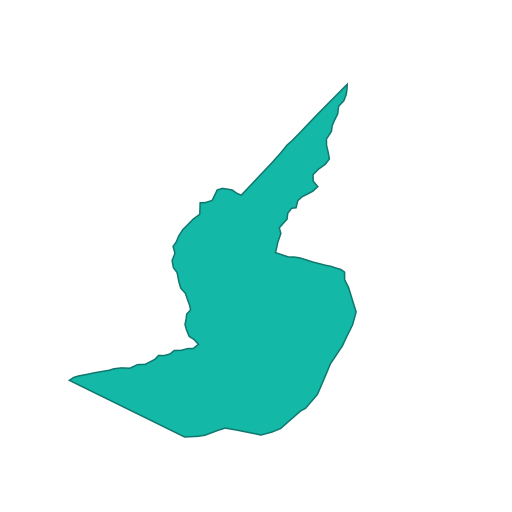 Volta Redonda, Rio de Janeiro, Brazil, rotated 205°
{"feature_id": "56859067B42382109860230", "entity_name": "Volta Redonda", "entity_type": "district", "adm_level": 2, "iso_a3": "BRA", "parent_name": "Brazil", "parent_adm1": "Rio de Janeiro", "projection": "orthographic", "projection_center": [-44.078, -22.523], "detail": "fine", "context": "isolated", "style": "filled", "palette": "teal", "viewbox_px": 512, "rotation_deg": 205, "n_neighbors": 0, "source": "geoboundaries", "source_scale": "gbopen_adm2", "svg_char_len": 1701}
<svg xmlns="http://www.w3.org/2000/svg" viewBox="0 0 512 512"><g transform="rotate(205 256 256)"><path d="M372.6,64.4L358.6,64.1L244.2,61.8L232.8,67.8L226.6,71.9L217.0,81.7L211.2,87.0L200.6,89.9L180.8,94.7L175.9,95.8L167.0,103.3L160.8,110.1L150.0,134.6L146.8,138.8L141.8,156.6L142.5,178.5L143.0,190.0L141.8,197.3L140.8,204.3L139.7,210.5L139.7,219.9L139.4,234.5L141.6,247.6L149.7,256.5L158.9,266.7L165.6,271.9L168.9,278.8L173.6,279.7L178.9,278.8L183.8,278.3L189.0,277.0L194.4,276.0L201.7,274.6L215.6,272.8L220.7,271.3L226.2,268.8L239.8,267.3L240.8,272.4L242.0,277.3L243.0,286.9L246.8,291.4L244.9,297.8L243.4,302.5L245.3,308.2L243.9,314.3L240.1,316.6L241.5,323.8L239.4,329.0L235.9,333.4L231.9,338.7L229.3,345.0L235.8,348.0L238.7,353.8L236.2,360.8L231.9,368.6L230.5,375.0L234.8,381.0L238.9,386.2L241.6,391.8L240.3,400.8L242.0,406.2L242.2,412.0L242.0,419.3L244.4,426.6L242.0,433.8L242.5,440.6L244.0,445.5L245.9,450.2L260.0,411.0L268.1,387.0L272.0,375.9L274.7,369.7L277.3,359.4L280.9,347.5L295.1,304.8L300.6,304.8L305.4,305.8L309.9,304.6L315.0,303.1L319.1,299.4L319.1,294.4L319.3,287.7L324.5,283.0L329.1,280.6L326.8,275.3L324.6,270.0L328.4,263.2L331.1,255.4L333.5,248.9L334.5,241.4L334.2,235.1L335.2,229.7L330.6,224.2L330.1,216.4L325.9,210.5L320.5,207.6L315.2,200.3L310.7,195.1L304.2,192.3L299.2,187.1L295.8,183.8L292.5,179.5L294.3,174.0L292.7,169.4L291.4,163.9L287.9,159.8L282.6,154.9L276.8,154.1L270.8,151.6L273.9,145.5L278.7,143.3L284.2,138.7L290.2,135.8L292.5,130.9L297.5,126.7L302.3,124.7L304.0,119.5L306.9,115.8L310.7,110.9L317.4,107.5L322.9,101.0L330.7,97.7L337.2,93.7L340.8,90.4L352.8,82.1L358.3,77.9L366.0,72.4L370.0,68.8L372.6,64.4Z" fill="#14b8a6" stroke="#0f766e" stroke-width="1.5"/></g></svg>